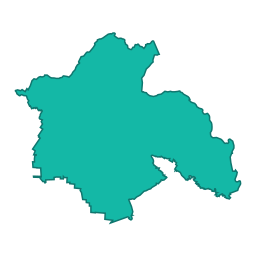 the district of Tepetzintla, Veracruz, Mexico
{"feature_id": "50627088B67284311995984", "entity_name": "Tepetzintla", "entity_type": "district", "adm_level": 2, "iso_a3": "MEX", "parent_name": "Mexico", "parent_adm1": "Veracruz", "projection": "albers", "projection_center": [-97.847, 21.151], "detail": "fine", "context": "isolated", "style": "filled", "palette": "teal", "viewbox_px": 256, "rotation_deg": 0, "n_neighbors": 0, "source": "geoboundaries", "source_scale": "gbopen_adm2", "svg_char_len": 5839}
<svg xmlns="http://www.w3.org/2000/svg" viewBox="0 0 256 256"><path d="M159.2,54.3L153.6,41.2L152.9,40.9L151.8,41.5L150.5,43.3L149.4,43.8L147.3,43.7L146.5,44.7L145.7,44.7L145.6,46.2L143.9,48.4L141.9,46.7L140.1,46.4L138.3,44.2L137.6,44.2L137.1,44.8L135.3,44.6L134.1,47.3L132.9,47.3L131.5,49.5L130.2,49.4L128.2,48.4L127.7,47.4L127.6,45.8L127.0,45.0L125.6,44.2L125.4,43.1L124.7,42.1L124.8,40.0L124.3,39.5L123.4,39.0L122.5,39.0L121.7,38.4L120.0,38.2L118.8,38.6L117.5,38.1L114.5,35.9L114.4,35.4L115.1,34.1L115.1,33.5L114.4,33.0L113.0,33.0L111.5,33.9L110.5,33.7L108.2,34.2L103.0,37.9L101.1,38.9L99.6,39.0L97.4,39.9L97.2,41.1L95.1,42.8L94.6,43.6L95.0,44.7L93.3,47.4L89.6,51.9L88.3,52.2L87.4,52.0L86.5,52.5L83.7,56.1L81.1,56.7L78.6,61.8L78.7,62.3L79.5,62.7L79.5,63.3L77.4,64.9L75.9,67.3L75.2,69.6L72.9,72.1L71.7,74.4L69.0,77.1L67.2,76.5L63.6,75.9L63.0,76.2L62.1,77.4L60.0,77.8L59.5,78.3L58.7,78.4L56.2,78.4L54.3,78.0L51.4,77.9L50.1,77.3L47.2,75.1L44.7,75.1L44.5,75.9L44.0,76.4L42.1,77.0L40.3,76.6L38.6,77.3L36.4,79.4L34.0,78.8L32.0,80.7L30.3,85.8L28.1,89.8L26.9,88.6L25.2,91.6L22.1,89.6L20.6,90.7L17.6,89.9L15.5,90.5L15.4,90.9L16.2,91.8L17.0,93.9L19.4,95.7L20.1,95.6L21.2,94.7L22.0,94.7L23.8,95.6L25.8,95.7L26.5,96.1L27.5,99.1L28.8,100.9L27.8,102.3L29.6,106.2L30.3,105.9L31.7,108.7L33.6,107.8L33.8,108.3L35.1,107.6L35.6,108.4L36.8,107.6L38.5,110.5L39.8,109.9L40.2,110.8L41.6,110.1L42.2,111.1L40.3,114.4L40.1,115.9L39.4,117.1L39.3,118.2L39.7,118.9L42.3,119.9L41.2,121.7L42.5,124.0L40.3,127.5L42.7,129.1L38.3,135.7L39.1,136.2L38.6,137.0L40.1,138.1L32.6,149.1L35.2,150.8L33.7,154.8L36.1,154.7L36.1,155.2L34.9,155.2L34.4,158.8L34.5,161.9L32.6,161.8L33.0,167.4L37.0,167.7L37.0,167.9L40.7,168.0L41.2,176.4L33.5,176.2L33.6,177.2L40.8,177.4L40.3,178.6L40.6,178.9L42.9,181.6L44.2,181.5L45.0,182.9L45.8,182.4L45.8,179.9L54.1,179.6L54.1,177.4L56.5,177.0L60.5,177.1L60.4,178.8L63.3,178.9L63.4,176.5L64.4,177.6L67.1,177.6L66.9,182.6L69.9,182.4L69.8,183.7L74.7,184.2L74.5,188.0L80.7,188.7L80.2,190.5L81.5,192.6L82.7,199.5L86.2,199.8L86.3,202.5L89.4,203.0L89.4,206.0L90.9,206.1L90.9,212.4L95.3,212.8L95.3,212.4L105.2,213.2L104.9,219.3L112.8,220.3L112.3,221.6L111.1,222.0L110.5,223.0L127.8,216.8L129.2,217.7L128.7,218.3L129.3,219.0L130.9,219.9L131.5,219.6L132.1,218.8L131.8,217.1L131.2,215.9L131.5,215.4L132.4,215.2L131.8,214.9L132.8,211.8L131.5,206.6L128.7,199.7L129.2,199.2L130.8,199.4L132.2,198.8L134.3,199.2L136.6,197.0L140.1,195.1L144.1,191.2L146.0,190.8L148.6,189.4L150.7,188.8L151.8,187.5L156.2,184.9L156.4,183.3L158.0,183.8L158.5,183.7L159.4,182.4L160.7,181.5L161.1,180.0L161.6,179.8L162.5,180.3L164.2,179.9L166.8,177.5L166.4,176.9L164.8,176.4L164.7,175.2L164.0,175.8L163.1,175.4L163.3,175.0L163.1,174.2L162.4,173.7L162.7,172.8L162.2,172.5L162.0,172.0L160.8,171.5L161.0,171.2L160.3,170.7L158.7,170.1L158.6,169.9L159.3,168.0L156.3,168.1L156.9,167.3L156.8,167.1L156.6,167.3L155.8,166.9L155.5,166.1L153.9,165.2L153.8,164.5L152.8,163.0L153.5,162.1L153.4,160.2L152.5,158.2L151.7,157.3L151.3,155.9L152.0,155.2L152.8,155.3L154.5,156.1L155.8,156.2L155.9,156.6L156.5,156.5L157.9,157.0L159.4,156.7L159.7,157.0L160.8,157.0L161.2,156.3L164.4,158.4L164.6,157.7L167.2,158.7L169.8,158.6L169.2,160.3L172.4,162.1L173.5,159.4L174.8,160.5L174.5,161.3L176.5,162.7L175.7,164.5L177.0,165.6L174.8,169.1L175.5,169.6L175.2,170.7L176.1,170.1L176.6,171.2L177.5,170.9L180.3,172.4L181.7,175.4L184.9,178.4L185.7,179.8L186.5,180.0L187.6,179.1L187.8,180.0L189.1,179.1L188.9,178.6L189.2,178.1L189.6,178.3L189.0,176.6L189.3,175.8L190.3,175.7L191.1,176.1L191.1,178.0L191.8,177.0L193.1,176.7L193.1,177.2L193.8,176.7L194.4,177.0L195.2,177.7L195.3,178.3L194.5,178.4L193.5,179.2L193.6,179.7L194.3,179.8L194.1,180.5L195.3,181.4L196.5,181.6L196.0,182.0L196.2,182.5L195.7,183.3L196.1,183.5L196.9,184.7L196.7,183.2L196.9,183.2L198.1,183.7L197.8,184.2L198.3,184.1L198.7,184.3L198.4,184.8L199.2,185.2L199.0,185.7L198.1,185.7L198.1,185.9L200.1,186.6L200.4,187.0L200.1,187.7L200.9,188.3L202.1,187.7L203.3,188.7L203.8,188.2L204.3,188.5L204.1,189.0L205.1,189.3L208.2,188.5L208.3,188.8L209.0,188.7L209.4,189.2L210.3,189.2L211.6,190.0L212.2,190.5L212.1,191.2L214.0,191.4L214.4,191.1L214.8,188.8L215.3,188.8L215.6,189.5L215.5,192.1L217.0,192.6L216.0,192.8L216.0,193.7L215.4,194.5L216.6,194.3L216.7,194.6L216.1,195.2L216.2,196.1L217.2,196.6L218.7,196.0L219.2,196.3L219.5,195.2L222.2,193.9L222.9,194.4L223.2,195.2L222.5,195.6L223.0,196.1L224.2,195.3L224.7,195.5L225.2,196.5L224.8,197.2L227.1,198.5L228.0,198.4L229.2,199.0L230.5,197.7L228.9,195.9L229.2,195.1L230.6,194.3L230.0,193.3L237.7,190.4L238.4,188.1L240.5,184.2L240.6,183.3L240.3,181.3L240.0,181.0L239.2,180.9L237.7,181.8L236.5,181.8L235.8,181.4L235.4,180.8L235.0,179.4L236.7,174.9L237.2,172.3L235.5,170.1L235.0,171.3L232.6,171.1L230.8,162.5L230.2,157.1L231.6,153.5L232.4,153.3L232.4,152.9L231.9,152.5L232.2,151.3L233.9,148.1L233.9,145.5L232.7,141.2L229.9,139.1L229.3,139.2L228.5,139.7L228.3,140.6L228.8,142.2L227.9,143.4L226.6,143.1L225.0,143.4L224.1,142.7L222.3,140.4L220.9,139.2L216.5,137.5L213.0,137.8L211.5,136.8L210.9,136.0L210.6,134.9L210.4,132.6L211.6,130.6L211.9,129.1L212.0,126.9L211.8,124.3L211.4,122.7L209.6,120.2L209.6,116.9L209.3,115.8L208.1,114.0L207.3,113.4L205.0,114.2L203.8,113.8L202.9,112.7L202.4,111.2L202.8,110.6L202.6,109.6L201.7,108.9L199.2,108.2L196.8,106.7L196.3,105.2L194.7,103.4L191.2,102.2L189.9,100.8L189.2,100.5L189.1,99.9L189.9,99.5L189.1,97.8L188.0,96.6L183.6,94.2L182.1,92.6L180.4,92.1L179.9,91.1L179.3,91.0L177.9,91.4L174.6,91.8L172.1,91.8L170.5,91.3L167.8,91.9L164.9,91.3L161.3,94.1L158.4,94.6L157.6,94.9L156.9,95.6L153.5,96.5L149.6,95.7L147.5,94.2L146.3,92.7L144.2,92.4L143.4,91.8L142.6,92.0L141.7,91.1L142.4,82.7L141.7,78.3L142.0,77.6L144.0,75.3L146.3,69.0L149.2,66.3L151.5,63.4L153.1,62.0L152.9,60.0L154.4,55.1L155.0,54.9L157.6,55.0L158.2,54.4L159.2,54.3Z" fill="#14b8a6" stroke="#0f766e" stroke-width="1.5"/></svg>